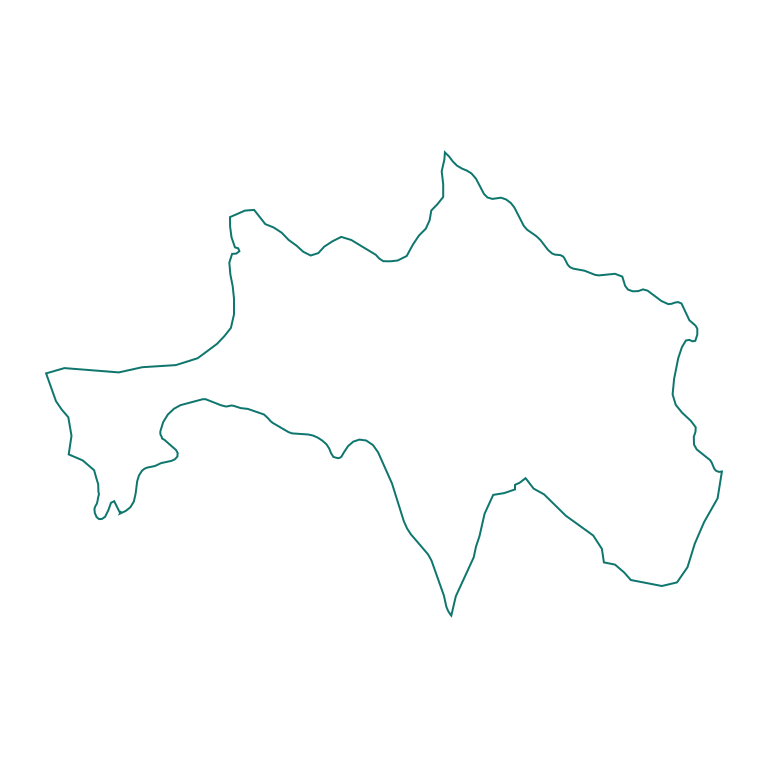 SVG path tracing the border of Bolikhamxai
{"feature_id": "LAO-3292", "entity_name": "Bolikhamxai", "entity_type": "Province", "adm_level": 1, "iso_a3": "LAO", "parent_name": "Laos", "parent_adm1": "", "projection": "equal_earth", "projection_center": [104.026, 18.483], "detail": "fine", "context": "isolated", "style": "outline", "palette": "teal", "viewbox_px": 768, "rotation_deg": 0, "n_neighbors": 0, "source": "natural_earth", "source_scale": "10m", "svg_char_len": 3202}
<svg xmlns="http://www.w3.org/2000/svg" viewBox="0 0 768 768"><path d="M225.9,406.5L220.8,405.2L205.6,399.2L202.8,399.2L180.6,405.1L173.9,408.8L167.8,414.6L163.2,422.1L160.4,431.1L160.3,433.6L160.7,435.1L161.5,436.4L162.1,438.5L164.4,439.8L176.0,450.0L177.7,453.1L177.6,453.7L177.4,456.5L174.9,459.3L171.3,460.9L161.1,463.1L155.0,466.0L146.8,467.7L144.4,468.8L142.0,470.7L139.0,475.4L137.2,481.2L135.6,493.7L133.8,501.6L130.4,507.2L125.8,510.9L120.0,513.6L120.1,513.4L120.3,513.0L120.4,512.8L121.0,511.2L120.9,511.3L119.6,512.1L119.4,511.7L114.2,501.2L111.0,502.8L108.4,510.1L105.1,516.8L102.0,518.9L99.1,519.1L96.6,517.1L94.8,512.9L94.4,508.8L95.4,506.1L96.8,503.8L97.5,501.2L98.1,497.5L99.0,494.1L98.4,491.5L98.2,484.3L96.3,478.0L94.1,470.2L82.7,460.4L68.7,454.4L71.5,435.8L68.3,417.2L61.8,409.7L56.0,401.2L46.1,373.4L64.4,368.1L118.8,372.4L142.3,367.2L175.8,365.1L197.7,358.2L217.1,343.8L224.5,336.0L230.9,327.9L234.0,314.4L234.0,298.7L232.7,286.3L230.4,274.7L229.3,262.7L232.1,253.9L236.3,253.6L239.4,251.2L238.2,248.3L235.0,247.4L231.5,237.3L230.1,226.5L230.0,217.1L244.9,210.6L254.1,209.9L265.3,224.1L273.7,227.5L281.7,232.7L288.7,240.0L296.6,245.7L303.3,251.8L310.7,255.5L318.3,253.1L324.3,246.6L332.6,241.2L341.2,236.9L351.3,240.0L375.8,254.8L379.3,258.6L383.3,261.2L390.4,261.3L397.7,260.5L406.7,256.0L412.9,244.6L418.9,235.6L425.8,228.7L429.6,220.3L431.3,210.5L437.5,204.1L443.2,197.0L443.2,184.2L441.7,171.3L444.4,159.4L444.9,152.4L445.0,152.5L449.0,156.4L452.6,161.2L456.9,165.6L462.2,168.7L466.9,170.6L471.4,173.4L476.0,178.7L484.0,194.0L487.5,197.5L492.4,198.9L501.0,197.7L506.2,199.5L510.9,203.1L514.3,207.4L523.8,225.9L527.1,229.7L536.4,236.2L540.4,240.0L547.9,249.8L552.1,253.5L554.9,254.6L560.3,255.1L563.0,256.4L564.5,258.4L567.7,264.7L569.9,267.1L573.1,268.6L584.5,270.7L595.2,274.9L599.0,275.4L615.0,273.8L622.3,276.6L625.1,285.8L628.0,289.6L632.8,291.3L638.3,291.1L643.0,289.4L647.5,290.6L661.4,301.0L668.2,304.1L671.6,303.8L674.8,302.6L678.1,302.1L681.5,303.5L689.4,320.3L695.5,325.6L697.3,328.7L697.3,333.3L697.3,334.6L695.3,340.8L692.5,341.3L689.3,339.9L685.9,340.5L681.9,347.2L678.2,358.3L674.1,378.9L672.6,394.4L675.7,404.8L682.1,412.7L690.9,420.9L695.7,427.3L695.5,431.8L693.8,436.8L694.0,444.5L696.7,449.4L710.2,460.2L711.8,462.8L714.2,468.6L716.1,470.8L719.0,471.9L721.9,471.5L717.6,498.3L704.1,522.1L694.8,543.6L687.5,567.2L677.0,582.4L661.9,586.0L630.8,580.0L624.2,572.5L615.0,564.6L603.9,562.4L601.9,548.9L593.2,535.5L565.8,515.7L544.1,494.4L533.6,488.6L525.6,478.2L519.7,482.7L517.4,483.7L515.0,484.9L515.0,489.4L504.2,493.1L493.2,494.9L484.6,513.7L479.5,536.1L476.0,546.6L473.7,557.4L455.8,596.3L451.3,615.6L450.3,614.4L448.1,610.9L446.4,606.9L443.9,595.6L431.5,560.6L429.5,556.9L428.0,554.3L410.7,534.1L407.0,528.3L403.8,521.1L392.0,483.5L378.1,452.3L373.0,445.1L366.2,440.5L359.4,439.6L353.3,441.6L348.0,446.2L343.5,453.0L342.3,455.2L341.3,456.8L340.0,457.7L338.0,458.2L333.5,457.0L331.1,453.3L329.2,448.5L326.4,444.2L322.3,440.6L317.9,437.7L313.2,435.6L308.4,434.5L292.2,433.4L288.5,432.1L272.7,422.9L270.3,420.9L267.9,418.1L264.0,414.5L247.8,408.9L240.7,408.1L233.6,405.8L231.2,405.5L227.2,406.4L225.9,406.5Z" fill="none" stroke="#0f766e" stroke-width="2"/></svg>